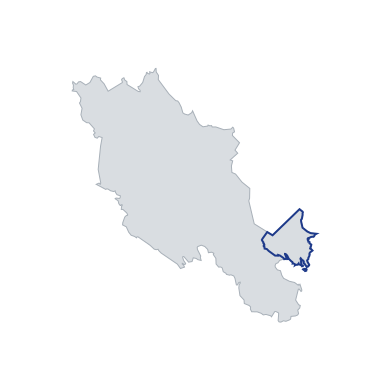 where Mangghystau sits in Kazakhstan, rotated 227°
{"feature_id": "KAZ-3236", "entity_name": "Mangghystau", "entity_type": "Region", "adm_level": 1, "iso_a3": "KAZ", "parent_name": "Kazakhstan", "parent_adm1": "", "projection": "robinson", "projection_center": [52.321, 43.87], "detail": "medium", "context": "in_parent", "style": "outline", "palette": "blue", "viewbox_px": 384, "rotation_deg": 227, "n_neighbors": 0, "source": "natural_earth", "source_scale": "10m", "svg_char_len": 5391}
<svg xmlns="http://www.w3.org/2000/svg" viewBox="0 0 384 384"><g transform="rotate(227 192 192)"><path d="M230.0,249.4L228.2,250.2L227.2,251.6L225.8,251.1L223.3,253.8L215.8,257.8L211.5,263.4L211.6,266.0L210.3,266.0L207.0,264.1L207.4,261.9L205.8,260.1L195.6,260.3L193.3,252.0L189.2,251.9L189.4,241.8L187.0,243.0L184.2,238.6L179.1,234.5L175.4,236.1L165.2,235.3L155.2,236.7L148.1,229.8L146.8,227.5L126.3,215.8L105.4,221.4L106.1,258.9L101.5,259.1L96.6,252.3L90.5,248.5L81.7,250.4L77.0,254.2L76.8,250.9L78.1,247.6L77.9,244.2L72.1,243.1L69.8,240.1L67.1,240.0L67.2,236.8L65.3,234.1L63.4,229.6L59.3,228.2L58.7,226.8L59.0,225.6L59.9,225.2L63.6,225.1L66.2,226.4L69.2,226.1L67.3,225.2L64.9,222.2L68.2,217.8L76.4,217.3L82.8,218.0L79.3,215.6L82.2,209.4L81.6,206.5L82.4,204.6L81.6,202.7L80.4,201.7L76.9,201.3L74.1,203.0L69.9,200.9L66.4,200.1L60.2,202.4L55.9,205.3L51.5,206.1L51.6,207.2L51.0,206.9L50.4,207.4L50.6,207.9L45.6,205.6L44.8,204.8L44.9,203.9L47.8,204.2L48.4,203.5L42.3,194.1L36.8,193.1L35.2,193.8L33.7,191.7L33.5,188.8L30.4,187.0L30.0,185.4L30.8,183.1L33.5,179.6L31.8,177.4L32.0,176.0L33.4,172.5L35.5,171.0L36.2,168.3L37.6,167.1L39.2,167.3L44.0,172.5L44.8,172.8L47.4,171.8L48.1,170.9L46.5,165.0L47.9,165.1L52.0,162.6L53.5,160.3L56.0,159.9L59.8,158.0L63.7,154.0L66.5,154.8L68.0,156.5L70.0,156.4L74.8,154.2L77.5,156.4L83.5,156.4L89.9,160.8L92.1,163.3L92.5,165.3L93.2,165.8L93.9,164.5L93.1,161.7L93.8,161.1L99.5,164.5L102.1,165.3L104.9,164.0L105.6,162.7L108.3,161.0L109.3,161.4L112.4,160.5L115.8,162.3L117.5,161.9L118.9,160.3L122.9,160.5L127.2,164.2L131.7,164.9L132.3,166.2L134.6,165.3L136.4,162.6L139.3,164.3L143.4,164.2L146.8,162.5L148.2,158.9L147.9,158.0L146.3,156.8L139.2,154.7L138.5,153.5L135.7,152.0L138.6,150.1L140.5,149.8L143.0,148.0L141.1,144.6L143.0,141.7L150.2,142.0L151.0,141.4L150.4,140.4L147.6,139.2L144.0,138.6L143.7,138.1L144.2,137.0L146.5,136.3L146.0,135.7L144.3,136.0L142.2,135.3L143.9,131.4L149.3,132.1L168.4,127.8L171.9,127.7L173.2,128.2L174.2,126.5L176.0,125.4L181.6,125.0L196.1,121.9L196.7,121.2L196.3,120.2L198.6,119.7L201.9,118.0L205.8,118.3L211.3,120.2L215.3,118.8L216.8,120.5L219.5,125.7L219.6,128.0L218.9,129.0L219.3,129.5L221.2,130.0L226.3,129.6L227.5,128.4L229.3,130.4L230.0,132.2L231.0,131.6L230.7,130.7L231.1,130.3L233.3,130.5L236.0,132.0L239.5,131.2L239.4,132.3L236.8,134.5L236.8,135.5L238.0,137.0L241.2,135.3L244.0,135.8L245.2,136.6L245.7,135.1L248.4,133.3L251.3,132.6L252.4,131.9L252.7,130.7L262.9,127.2L261.9,130.1L260.2,130.1L260.8,131.4L272.5,138.8L287.8,156.3L293.1,163.4L296.2,161.7L296.0,159.4L298.1,158.3L301.3,159.3L301.2,161.5L303.8,161.6L304.7,163.7L312.8,163.9L314.6,162.2L319.1,161.2L324.2,163.4L328.2,168.7L333.8,170.4L334.2,172.1L336.5,174.9L344.2,176.1L347.6,173.3L348.2,174.1L347.6,175.4L349.2,176.2L351.1,178.2L353.1,178.9L354.0,180.2L350.0,180.6L349.5,181.7L349.9,184.1L348.8,185.8L342.7,187.3L341.7,192.0L343.9,198.7L342.8,200.6L340.9,200.9L337.6,202.9L336.4,201.5L331.1,201.5L322.9,199.4L319.6,215.4L319.8,216.1L322.2,217.1L322.5,218.4L322.0,220.1L319.7,219.2L317.2,219.7L314.9,217.8L302.1,221.3L300.7,222.5L301.8,223.4L303.9,223.3L305.9,224.3L305.1,225.9L305.7,230.6L308.8,236.0L309.2,238.6L310.4,240.1L310.2,240.7L309.1,240.4L307.3,241.3L307.3,242.0L308.8,243.0L306.2,244.5L306.0,245.6L307.3,249.5L306.9,250.0L304.2,247.7L300.1,247.0L297.2,244.0L279.3,242.0L269.9,242.4L268.3,243.6L266.1,243.4L261.4,242.0L256.1,239.3L254.0,239.8L250.9,241.7L250.2,245.9L251.0,247.8L240.6,244.2L236.3,243.6L232.2,244.5L229.5,248.5L230.0,249.4ZM58.1,222.8L57.4,223.1L56.6,222.0L56.8,220.9L57.5,220.5L56.9,221.9L58.1,222.8ZM78.5,217.2L77.8,217.0L77.5,216.6L78.3,216.1L78.5,217.2Z" fill="#d9dde1" stroke="#a8b0b8" stroke-width="1"/><path d="M102.2,259.5L101.5,259.2L101.0,258.3L99.8,257.3L97.4,254.0L97.4,253.1L97.1,252.6L95.7,251.5L90.5,248.5L84.6,249.3L81.0,250.7L76.6,254.5L77.0,252.9L76.3,251.0L76.5,250.1L76.9,249.9L77.9,248.5L78.5,246.5L78.4,245.7L77.7,244.8L77.6,244.4L78.4,245.1L78.8,246.0L79.1,245.4L79.0,244.8L78.1,244.3L78.1,244.0L76.8,243.5L75.9,243.5L75.2,243.8L74.3,242.9L72.2,243.4L71.3,242.2L71.1,241.4L70.3,240.7L70.3,240.1L70.1,239.8L68.9,240.2L67.0,240.2L67.3,237.0L67.0,236.1L66.4,235.4L66.0,235.4L65.7,235.0L64.9,233.6L64.7,232.5L63.6,231.3L63.5,229.6L62.3,228.9L58.8,228.1L58.5,227.6L58.4,225.8L58.5,225.6L58.7,225.9L58.8,225.7L59.1,224.8L62.8,225.4L63.0,225.1L63.7,225.1L64.8,225.8L64.8,226.2L65.9,226.6L67.8,225.8L67.8,226.2L69.4,226.3L69.3,225.9L68.4,225.3L67.4,225.5L66.7,224.2L64.5,222.7L64.7,222.0L64.4,221.8L64.5,221.6L65.3,221.4L66.4,220.7L67.0,221.1L66.8,219.7L68.1,218.0L68.2,217.4L68.5,217.9L69.3,218.0L70.5,217.4L71.0,216.8L71.3,217.3L72.5,217.7L73.0,217.4L77.2,217.2L80.4,218.2L82.0,218.3L83.1,218.0L83.3,217.8L83.1,217.6L79.0,216.1L79.0,214.9L79.4,214.7L80.0,213.6L81.4,213.9L85.5,213.0L87.2,212.1L86.7,211.6L88.8,209.4L96.5,207.9L99.3,207.8L101.1,206.5L102.7,207.7L103.3,207.4L104.0,208.0L104.0,208.9L104.9,209.3L105.7,209.2L106.5,209.9L107.3,209.9L109.3,210.4L109.8,211.8L111.4,219.7L105.4,221.4L106.1,258.9L102.2,259.5ZM78.6,216.7L78.7,217.3L77.8,217.0L77.5,216.5L77.9,216.0L78.1,216.1L78.6,216.7ZM58.0,223.1L57.3,223.1L56.5,221.9L57.1,220.7L57.6,220.6L57.1,221.0L56.8,221.9L57.1,222.1L57.2,222.8L57.8,223.0L58.2,222.8L58.0,223.1ZM58.8,221.7L58.9,220.6L59.5,220.5L59.3,221.6L58.8,221.7ZM62.5,221.8L62.8,222.7L62.3,222.8L62.2,222.3L61.8,221.7L62.2,222.0L62.5,221.8Z" fill="none" stroke="#1e3a8a" stroke-width="2"/></g></svg>